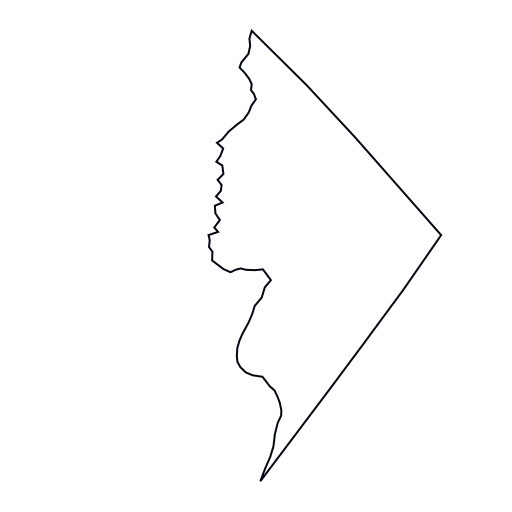 Sulina, Paraná, Brazil, rotated 217°
{"feature_id": "56859067B24150266218253", "entity_name": "Sulina", "entity_type": "district", "adm_level": 2, "iso_a3": "BRA", "parent_name": "Brazil", "parent_adm1": "Paraná", "projection": "mercator", "projection_center": [-52.696, -25.669], "detail": "fine", "context": "isolated", "style": "outline", "palette": "ink", "viewbox_px": 512, "rotation_deg": 217, "n_neighbors": 0, "source": "geoboundaries", "source_scale": "gbopen_adm2", "svg_char_len": 1160}
<svg xmlns="http://www.w3.org/2000/svg" viewBox="0 0 512 512"><g transform="rotate(217 256 256)"><path d="M318.3,422.9L395.0,433.3L392.1,425.7L387.1,420.3L383.7,412.9L384.2,401.9L382.6,396.7L375.0,395.4L368.2,393.4L363.0,390.8L359.8,385.5L355.1,384.1L350.4,381.1L350.1,373.1L348.2,366.4L347.9,357.6L350.1,350.2L352.7,339.0L353.2,328.8L355.3,322.9L346.9,322.1L344.6,314.1L344.4,307.4L337.4,308.0L331.4,301.9L332.5,293.7L326.2,292.0L323.3,286.8L323.8,279.5L314.9,278.6L319.1,271.4L314.1,265.6L306.5,263.0L306.5,253.7L300.8,252.4L306.5,244.2L302.5,240.8L298.9,234.9L293.4,233.2L288.3,226.0L274.0,226.0L266.6,227.7L264.0,232.7L260.8,236.8L255.6,239.0L248.4,244.0L242.4,249.5L229.6,245.7L230.1,236.2L226.4,226.2L227.0,215.4L224.1,207.4L222.0,198.9L219.9,185.1L218.1,177.9L215.4,171.0L210.9,164.3L207.0,160.2L201.5,157.8L194.1,156.9L186.9,158.7L178.2,163.4L173.4,162.2L166.6,160.2L160.3,159.8L153.7,156.3L148.8,153.2L142.8,147.9L139.8,143.6L138.2,135.7L133.6,124.9L127.5,114.5L123.8,104.3L120.7,91.5L117.0,78.7L117.0,198.0L117.2,230.3L117.3,251.3L117.5,265.0L118.0,317.4L120.7,384.1L247.7,410.3L318.3,422.9Z" fill="none" stroke="#020617" stroke-width="2"/></g></svg>